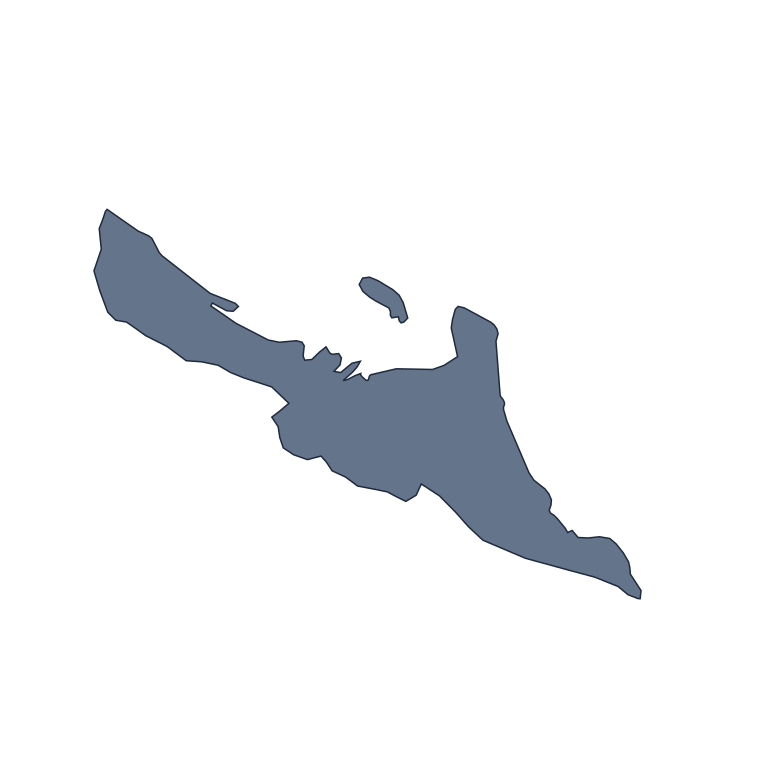 outline of Sud, rotated 208°
{"feature_id": "HTI-1362", "entity_name": "Sud", "entity_type": "Department", "adm_level": 1, "iso_a3": "HTI", "parent_name": "Haiti", "parent_adm1": "", "projection": "robinson", "projection_center": [-73.723, 18.228], "detail": "fine", "context": "isolated", "style": "filled", "palette": "slate", "viewbox_px": 768, "rotation_deg": 208, "n_neighbors": 0, "source": "natural_earth", "source_scale": "10m", "svg_char_len": 2095}
<svg xmlns="http://www.w3.org/2000/svg" viewBox="0 0 768 768"><g transform="rotate(208 384 384)"><path d="M710.5,408.2L673.0,403.6L661.1,404.3L657.3,403.6L644.1,394.5L640.2,393.0L580.1,382.4L553.1,385.4L548.9,384.1L551.3,377.4L557.3,374.8L573.6,374.9L573.6,371.7L543.4,368.1L506.8,368.5L496.1,371.7L481.6,381.1L476.1,382.4L472.4,380.3L468.5,370.7L465.2,367.8L459.2,371.8L455.9,382.0L452.6,389.6L446.4,385.9L443.6,385.9L438.3,389.6L433.8,387.0L431.8,380.2L434.1,371.7L427.6,373.8L422.0,387.4L415.5,393.0L415.8,386.0L417.3,379.7L421.7,367.8L418.2,371.0L413.1,378.3L409.4,382.4L409.0,381.1L406.4,380.0L401.5,378.8L399.9,379.7L400.1,381.8L400.6,384.1L400.1,385.9L380.3,403.2L348.0,419.6L339.8,428.5L331.9,442.7L350.9,465.0L353.8,473.1L356.1,483.3L355.0,487.3L349.0,488.9L319.0,488.7L314.6,487.9L310.2,485.6L306.9,482.0L305.2,474.3L276.3,428.8L274.9,427.6L271.4,426.0L269.8,424.9L268.2,423.0L267.9,421.4L267.6,419.7L266.4,417.5L258.0,408.9L214.2,373.6L206.4,369.4L192.5,366.9L186.8,364.3L181.8,360.3L179.7,355.4L178.8,349.9L176.2,348.2L172.4,347.9L167.7,346.5L156.0,341.6L152.2,339.1L149.1,343.0L140.6,339.6L131.6,343.8L122.0,350.3L112.1,353.6L103.7,351.7L93.4,347.2L84.6,341.8L80.9,337.5L77.1,331.7L60.1,322.3L57.0,314.7L58.8,313.8L69.6,312.5L82.2,315.1L107.2,312.4L132.0,306.7L177.3,296.5L223.2,292.5L242.3,297.6L261.1,304.6L282.6,311.3L304.1,313.2L303.4,300.9L309.6,290.6L320.1,290.3L330.5,290.3L345.0,286.0L359.4,281.5L374.1,283.8L389.1,283.0L398.2,288.0L405.8,290.8L416.1,281.3L430.6,279.1L442.9,280.3L450.8,287.7L457.4,296.6L467.5,302.1L463.4,311.1L458.9,322.3L481.8,328.7L510.7,323.6L524.9,322.1L539.2,322.7L555.4,318.0L569.6,311.7L593.1,315.3L617.1,314.8L628.9,316.4L640.4,317.8L650.7,314.4L661.6,317.7L678.8,333.0L693.2,347.7L696.9,370.3L708.4,387.5L709.5,396.6L711.0,405.7L710.5,408.2ZM429.6,453.4L437.2,453.9L446.2,455.9L452.6,460.2L452.6,467.5L447.0,471.5L437.8,472.4L420.2,471.4L412.3,469.5L405.3,464.9L394.0,453.4L395.4,448.2L397.5,446.0L400.0,446.8L402.9,450.1L408.1,446.1L410.6,447.6L412.4,451.1L415.5,453.4L429.6,453.4Z" fill="#64748b" stroke="#1e293b" stroke-width="1.5"/></g></svg>